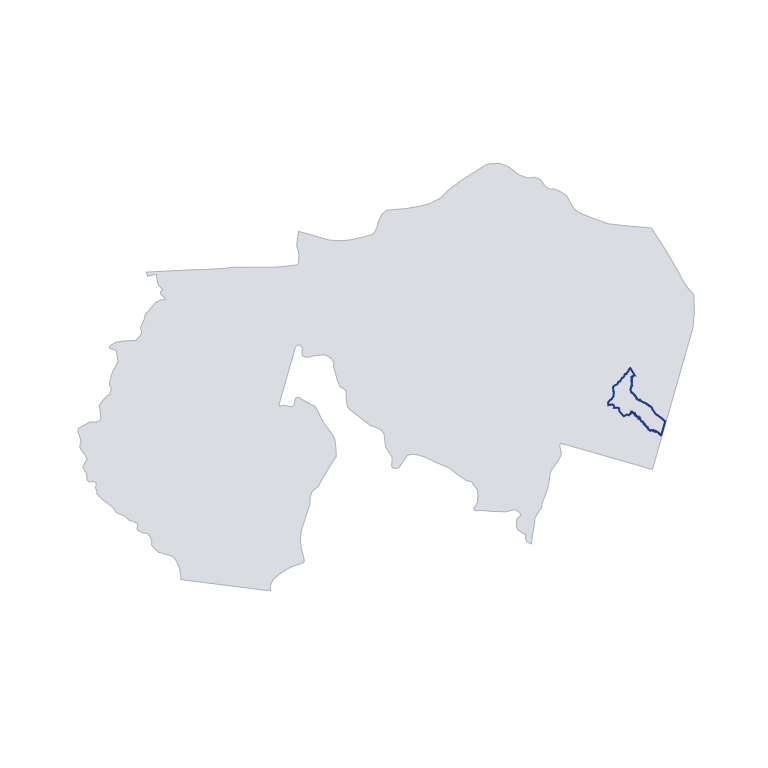 Mitete, Western, Zambia (highlighted), rotated 196°
{"feature_id": "96606910B13624449135340", "entity_name": "Mitete", "entity_type": "district", "adm_level": 2, "iso_a3": "ZMB", "parent_name": "Zambia", "parent_adm1": "Western", "projection": "mercator", "projection_center": [22.406, -14.284], "detail": "fine", "context": "in_parent", "style": "outline", "palette": "blue", "viewbox_px": 768, "rotation_deg": 196, "n_neighbors": 0, "source": "geoboundaries", "source_scale": "gbopen_adm2", "svg_char_len": 9048}
<svg xmlns="http://www.w3.org/2000/svg" viewBox="0 0 768 768"><g transform="rotate(196 384 384)"><path d="M508.2,507.2L476.0,507.3L464.4,509.9L454.7,513.9L443.3,520.2L436.7,524.5L434.9,526.9L434.0,532.3L434.0,540.5L432.8,546.4L429.3,551.8L411.9,558.4L400.6,563.8L389.4,570.2L380.9,578.4L375.2,588.6L365.6,601.2L345.5,623.8L333.9,628.0L324.1,627.1L312.3,622.3L303.0,621.5L296.1,624.4L289.7,623.5L283.8,618.7L278.9,617.0L274.9,618.3L269.8,618.1L260.5,615.5L252.5,607.4L248.1,604.1L244.8,602.8L235.2,601.5L213.1,599.7L190.2,603.7L170.0,607.7L149.5,589.8L129.8,570.9L125.6,566.1L118.2,559.8L112.8,556.7L110.7,555.1L105.4,538.3L102.5,522.9L102.4,375.8L192.3,375.8L198.1,375.2L198.3,373.6L194.2,365.8L194.4,363.0L195.5,357.7L199.4,347.2L199.7,343.7L197.9,332.2L198.0,325.8L199.1,312.8L198.5,308.4L200.6,302.6L201.3,298.8L202.1,297.1L201.1,292.7L199.3,277.3L198.2,270.9L203.6,271.8L205.4,275.0L206.4,278.4L208.9,278.6L215.3,280.7L217.5,283.6L219.0,289.7L218.1,292.9L216.0,295.4L218.1,297.7L222.3,299.2L224.9,298.7L232.1,294.5L238.7,293.0L242.1,291.9L257.0,289.1L259.9,287.6L262.0,287.6L263.5,288.8L262.1,293.2L261.7,297.1L263.5,304.4L264.9,307.8L268.0,310.3L270.2,311.6L272.7,314.2L277.9,313.8L289.3,317.5L292.7,319.2L297.5,320.9L300.9,321.6L312.6,322.9L325.0,325.0L331.4,325.2L336.0,324.6L339.2,323.6L341.1,322.4L342.0,321.4L346.7,307.4L349.1,306.4L352.1,305.6L353.9,306.9L355.9,315.7L364.9,323.6L367.9,330.3L370.2,336.0L372.1,337.6L375.5,339.5L380.9,340.2L385.8,340.4L409.9,350.1L412.6,351.9L415.5,357.1L417.3,363.0L419.2,367.6L422.3,368.5L425.1,368.9L427.9,372.0L429.9,374.8L437.1,386.4L438.1,390.9L441.6,394.0L446.2,395.3L450.6,395.5L453.1,394.1L459.3,391.7L464.1,389.0L467.6,388.1L469.7,388.6L471.2,390.5L472.3,396.2L475.7,398.2L478.2,397.4L479.2,395.2L479.3,394.0L479.2,334.0L477.0,334.4L474.2,336.1L467.8,336.3L465.4,337.6L464.6,339.5L465.1,342.0L465.2,345.4L464.3,347.0L461.5,347.6L457.4,346.3L450.1,344.6L444.0,343.6L439.6,339.1L433.6,332.3L429.8,328.9L420.4,321.8L418.8,320.4L415.9,317.1L413.5,311.5L411.1,305.0L409.9,300.9L412.1,294.6L417.6,273.9L418.9,267.5L423.5,260.9L423.8,255.1L421.9,247.6L422.4,243.5L423.0,219.9L421.8,212.4L418.7,204.2L412.0,192.7L412.0,190.2L422.4,182.8L425.5,180.0L430.9,174.0L434.6,168.8L436.9,164.7L437.7,159.3L436.0,154.2L439.5,153.2L525.3,140.0L526.5,143.5L529.1,149.3L532.1,153.6L535.7,157.4L538.9,159.6L541.0,160.3L554.2,160.1L558.9,162.4L563.1,165.3L564.1,169.8L566.8,172.6L569.7,174.8L571.0,175.1L573.2,174.6L576.7,174.5L580.0,175.5L581.6,176.5L581.7,180.2L582.7,181.9L587.2,182.6L591.7,182.9L596.1,185.4L600.9,185.9L606.4,186.9L609.0,189.7L614.8,192.5L621.9,195.0L629.8,199.2L630.0,200.5L631.3,202.9L632.7,204.7L632.8,207.3L633.5,209.7L635.5,210.3L637.2,210.4L638.7,208.7L640.8,208.8L643.1,209.9L643.9,212.6L645.7,216.4L648.6,218.9L650.6,221.4L649.9,225.9L648.7,230.0L652.6,234.1L657.8,237.9L659.2,239.6L659.6,245.4L660.4,247.3L663.9,252.1L665.6,255.2L665.4,257.1L656.1,266.5L650.3,268.0L647.8,269.9L646.3,271.9L650.0,281.4L652.0,284.9L650.3,289.4L646.6,297.0L644.9,297.7L644.6,303.5L645.7,305.6L647.6,307.2L648.3,311.1L648.2,320.9L645.8,331.9L650.1,341.6L651.5,342.6L657.4,342.7L658.4,343.5L657.0,346.3L652.9,350.5L645.4,353.8L634.7,357.5L632.5,361.0L631.1,366.1L632.3,369.0L633.7,370.8L633.2,375.2L632.3,379.9L632.6,383.6L632.1,386.9L630.7,388.5L628.8,393.4L626.5,398.4L624.7,400.6L622.0,403.0L617.8,405.0L617.9,406.0L622.7,408.3L623.9,409.8L624.4,410.9L622.4,413.4L624.6,415.0L627.3,416.2L629.8,419.5L632.8,425.8L633.3,426.4L634.1,426.5L635.7,425.8L638.7,423.3L640.8,422.4L643.4,426.0L598.6,441.4L588.1,444.5L572.4,450.0L567.3,452.0L563.2,454.0L521.5,466.1L515.0,468.4L500.2,474.6L499.8,475.6L499.9,478.4L501.2,484.2L503.8,489.5L506.0,492.6L507.4,500.4L508.2,507.2Z" fill="#d9dde1" stroke="#a8b0b8" stroke-width="1"/><path d="M152.3,467.8L152.1,467.5L151.7,467.1L151.6,466.9L151.7,466.4L152.6,465.6L152.7,465.4L152.5,463.9L153.2,462.7L153.4,462.2L153.8,461.7L153.6,460.7L153.7,460.4L154.0,460.2L154.9,460.1L155.1,459.9L155.4,459.0L155.2,458.4L155.2,457.8L155.5,457.2L155.7,456.5L156.0,456.0L156.2,455.8L156.7,455.7L156.9,455.5L157.0,454.9L157.1,454.1L157.5,453.4L157.7,451.5L157.8,451.4L158.6,451.3L159.1,450.8L159.4,450.5L159.5,450.0L159.4,449.2L159.5,448.7L160.3,447.4L161.9,446.2L162.9,444.6L162.9,443.5L161.7,441.4L161.7,441.1L161.8,440.7L161.7,440.4L161.6,440.2L161.0,439.9L160.6,438.9L160.4,438.2L160.5,437.5L160.5,437.0L160.0,435.6L160.2,434.7L160.9,432.8L160.9,432.1L161.2,431.8L161.9,431.5L162.1,431.4L162.6,430.1L162.9,429.6L163.3,428.6L163.4,427.5L163.3,427.1L162.5,425.8L162.4,425.5L162.2,425.7L162.0,426.2L161.1,426.4L160.2,426.4L160.1,426.9L158.8,427.3L158.2,427.1L157.8,427.2L157.6,427.1L157.4,426.8L156.8,426.2L156.5,425.7L156.4,425.2L156.4,424.6L156.0,424.8L155.4,424.7L154.9,424.9L153.8,425.3L153.0,425.7L152.7,425.6L151.4,425.6L150.7,423.5L149.9,422.4L144.6,419.1L142.0,421.7L141.0,421.6L140.9,421.5L140.7,421.4L140.2,421.6L139.8,421.5L138.5,425.2L138.6,425.5L138.4,425.5L138.6,425.7L138.5,425.8L138.4,425.8L138.1,425.5L137.8,425.5L137.7,425.4L137.7,424.9L137.5,425.2L137.3,425.3L137.3,425.5L137.2,425.6L136.6,424.9L136.0,424.9L135.7,424.5L135.1,425.2L134.9,425.3L134.8,425.2L135.1,424.6L135.0,424.3L134.9,424.2L134.4,424.2L134.2,424.1L134.2,423.9L134.3,423.8L134.2,423.4L133.8,423.4L133.8,422.9L133.7,422.8L133.1,423.2L132.9,423.3L132.8,423.2L133.0,423.1L132.7,422.9L132.9,422.8L132.8,422.6L132.6,422.4L132.4,422.4L132.3,422.6L132.1,422.5L131.9,422.7L131.7,422.6L131.8,422.3L131.6,422.2L131.3,422.1L131.3,422.3L131.2,422.3L131.3,422.3L130.5,422.0L130.2,422.4L130.1,422.1L129.9,422.0L129.6,421.7L129.3,421.9L129.3,421.7L129.1,421.6L129.2,421.4L128.8,421.4L128.9,421.2L128.7,421.3L128.5,421.0L128.4,421.0L128.5,421.1L128.3,421.2L128.2,421.0L128.1,420.8L128.3,420.7L128.1,420.6L127.8,420.4L127.7,420.3L127.6,420.1L127.0,419.8L126.8,419.6L126.4,419.0L125.7,419.1L125.2,418.9L124.8,419.1L124.6,418.8L124.3,418.8L124.2,418.7L124.1,418.2L123.6,418.1L123.6,417.6L123.5,417.4L123.3,417.4L123.3,417.2L122.9,417.2L122.6,416.9L122.2,417.0L122.2,416.9L121.8,416.5L121.7,416.5L121.7,416.3L121.4,416.2L120.9,415.8L120.7,415.8L120.7,415.7L120.4,415.6L120.3,415.3L120.1,415.2L119.9,415.2L119.9,415.4L119.7,415.4L119.4,415.4L119.2,415.1L118.7,415.2L118.7,414.4L118.4,414.2L118.0,414.0L117.9,413.8L117.6,413.9L117.3,413.6L117.3,413.4L117.0,413.3L117.0,413.1L116.8,413.0L116.3,413.0L115.8,412.7L115.6,412.9L115.4,412.8L115.1,412.6L115.0,412.8L114.4,413.0L114.3,413.4L114.2,413.5L113.7,413.6L113.4,413.3L113.0,413.3L112.9,413.2L112.7,413.4L112.3,413.6L112.2,413.8L112.1,413.7L112.1,413.8L111.9,413.8L111.3,413.7L111.1,413.5L111.1,413.2L110.9,413.0L110.6,412.9L110.6,413.1L110.1,412.8L109.9,413.0L109.6,413.0L109.6,413.3L109.4,413.2L109.2,413.4L109.2,413.6L108.9,413.5L108.7,413.5L108.6,413.4L108.4,413.4L108.2,413.3L107.9,413.2L107.6,413.1L107.2,413.1L106.9,412.9L106.7,412.8L106.5,412.6L106.2,412.6L105.8,412.4L105.8,412.2L105.7,412.2L105.4,411.9L105.1,411.7L104.9,411.8L104.9,411.6L104.7,411.6L104.3,411.6L104.0,411.2L103.9,411.3L103.7,411.1L103.4,411.3L103.4,425.6L104.7,426.2L105.6,426.7L106.1,426.7L106.3,426.8L106.3,427.0L107.6,427.7L108.2,427.9L108.5,428.0L108.7,427.9L109.5,428.3L110.2,428.4L111.6,429.1L112.2,429.5L112.5,429.5L112.6,429.3L112.9,429.3L113.7,429.6L114.9,430.4L115.3,430.6L115.9,431.0L116.2,431.4L116.5,431.5L117.5,432.4L117.9,432.9L118.6,433.2L119.1,433.6L119.3,434.0L119.5,434.3L119.7,434.5L119.8,434.8L120.4,435.5L120.6,435.5L120.9,435.7L121.0,435.8L121.3,435.8L121.6,436.0L122.1,435.9L122.3,436.1L122.5,436.1L122.7,435.9L122.8,436.0L123.1,436.0L123.3,436.3L123.5,436.3L123.7,436.5L124.2,436.6L124.2,436.8L125.0,436.8L125.0,437.0L125.3,437.1L126.0,437.2L126.3,437.2L126.3,437.5L126.9,437.7L127.3,437.7L127.5,437.8L127.8,437.8L128.2,437.9L128.3,437.8L128.6,437.7L129.1,437.6L129.4,437.9L129.6,437.9L130.2,438.1L130.6,438.1L131.4,438.3L131.6,438.4L132.4,438.4L132.7,438.7L133.0,438.4L133.4,438.4L133.6,438.6L133.6,438.8L133.7,439.5L134.2,439.4L134.8,438.9L135.2,438.9L135.5,438.8L135.8,438.8L136.2,439.1L136.5,439.4L136.8,439.6L137.2,439.6L137.2,439.8L137.5,440.1L137.5,440.5L138.0,440.7L138.1,441.0L138.7,441.1L139.2,441.5L139.3,441.7L139.2,441.8L139.4,441.9L139.4,442.1L139.7,442.4L140.1,442.4L140.4,442.6L140.8,442.5L141.1,443.0L141.3,443.1L141.4,443.3L141.7,443.4L141.9,443.5L142.3,443.7L142.8,443.5L143.5,443.9L143.5,444.1L143.9,444.1L144.1,444.2L144.5,445.2L144.7,445.3L145.2,445.9L145.6,446.4L145.6,446.6L145.6,447.5L145.7,447.8L145.4,448.4L145.5,448.7L145.4,448.7L145.3,449.1L145.7,450.0L145.4,450.5L145.0,450.7L145.0,451.0L145.8,451.8L145.8,452.0L145.7,452.4L146.2,453.3L146.1,453.6L146.1,453.9L146.4,454.3L146.3,454.6L146.4,454.8L146.7,454.8L147.1,454.9L147.2,455.0L146.9,455.5L146.9,455.8L146.7,455.9L146.9,456.7L147.1,456.9L147.4,457.0L147.5,457.1L147.1,457.6L147.1,458.0L147.4,458.1L147.4,458.4L147.6,458.6L147.8,458.5L148.0,458.7L147.8,458.8L147.7,459.2L147.4,459.4L147.2,459.4L146.9,459.8L147.1,460.0L146.8,460.2L146.6,460.5L146.3,460.8L146.2,460.9L146.3,461.0L146.2,461.5L145.9,461.7L145.7,461.7L152.3,467.8Z" fill="none" stroke="#1e3a8a" stroke-width="2"/></g></svg>